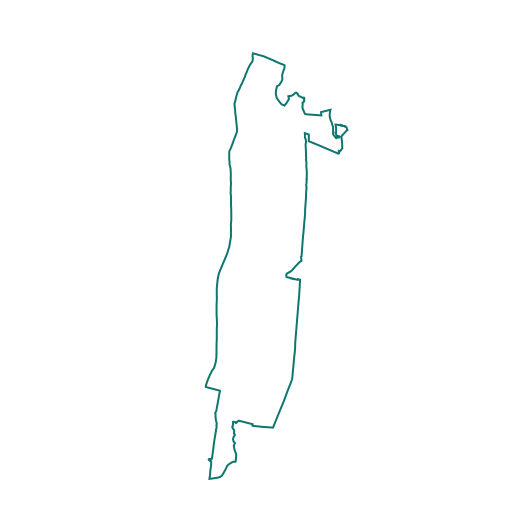 outline of Concesti, Botosani, Romania, rotated 65°
{"feature_id": "2599482B49154697051389", "entity_name": "Concesti", "entity_type": "district", "adm_level": 2, "iso_a3": "ROU", "parent_name": "Romania", "parent_adm1": "Botosani", "projection": "natural_earth1", "projection_center": [26.588, 48.143], "detail": "fine", "context": "isolated", "style": "outline", "palette": "teal", "viewbox_px": 512, "rotation_deg": 65, "n_neighbors": 0, "source": "geoboundaries", "source_scale": "gbopen_adm2", "svg_char_len": 6037}
<svg xmlns="http://www.w3.org/2000/svg" viewBox="0 0 512 512"><g transform="rotate(65 256 256)"><path d="M438.3,392.4L439.4,388.9L440.4,385.6L440.8,383.9L441.0,382.2L440.8,380.2L440.5,379.4L438.5,376.5L435.9,372.9L435.3,372.3L434.2,371.1L433.6,369.8L433.2,368.2L432.8,364.5L432.9,363.5L433.4,362.4L433.7,361.3L428.1,358.0L426.0,357.6L422.6,357.3L418.7,356.4L417.3,355.0L416.7,354.3L416.6,354.1L416.2,354.1L415.9,354.2L415.3,354.6L414.9,354.7L412.5,354.4L412.1,354.2L411.5,353.5L411.0,353.2L410.5,352.8L409.4,350.9L409.2,350.7L408.6,350.6L408.2,350.7L407.9,350.9L407.5,350.9L406.7,350.6L405.2,349.6L404.3,349.4L403.1,349.8L401.9,349.8L401.2,349.9L400.9,349.7L400.7,349.5L400.3,348.9L399.5,348.6L399.1,348.1L398.1,347.7L397.7,347.3L397.5,347.2L396.8,347.1L396.7,347.0L396.8,346.5L396.8,346.2L397.6,345.2L398.7,344.9L398.9,344.7L399.0,344.5L399.0,344.3L398.6,343.9L398.3,343.6L398.3,343.3L398.3,342.7L398.0,341.8L397.9,341.4L398.0,341.1L398.7,340.7L399.0,340.0L399.1,339.8L407.0,330.2L408.4,330.9L414.1,321.5L418.7,313.1L405.4,298.8L399.5,292.3L393.0,285.8L384.6,277.0L382.6,275.1L362.4,263.3L360.3,261.9L360.0,261.8L357.2,260.1L351.0,257.0L313.8,235.8L311.2,234.2L296.2,226.1L294.7,227.7L295.3,228.2L292.2,232.0L292.5,232.1L290.9,234.0L290.6,233.8L288.1,237.2L287.1,237.0L286.0,236.6L285.6,236.3L285.2,235.8L285.0,235.4L284.9,235.1L284.9,234.6L284.8,233.4L284.7,233.0L284.9,232.3L284.6,231.5L284.4,230.2L284.2,229.6L282.6,225.8L282.1,224.7L280.2,219.8L279.8,218.7L279.7,218.2L279.7,217.5L279.8,217.0L278.4,216.4L275.9,215.7L275.8,215.1L274.9,214.5L259.5,205.9L253.1,202.1L244.3,197.1L243.1,196.3L238.3,193.6L234.0,191.5L227.6,187.9L223.6,185.7L219.7,183.8L217.2,182.3L216.5,182.0L215.0,181.1L214.1,180.8L212.8,180.6L212.3,180.1L211.0,179.2L207.5,177.6L207.6,177.4L206.3,176.9L202.3,174.8L201.2,174.5L198.5,173.3L196.7,172.8L196.0,172.5L193.7,171.3L192.4,170.8L191.4,170.3L189.7,170.0L189.2,169.7L188.9,169.3L188.3,169.0L187.2,168.7L185.5,167.9L181.0,166.0L178.5,165.0L176.5,164.2L175.2,163.5L173.8,162.5L172.9,162.1L172.4,161.9L171.9,161.8L169.2,161.5L167.8,160.9L166.6,160.3L165.3,159.8L168.2,156.8L174.3,159.6L183.1,151.5L196.6,139.4L197.4,138.8L198.1,138.1L198.0,137.4L197.4,137.2L197.0,137.1L196.2,136.9L195.6,136.5L195.6,136.4L195.8,136.3L196.6,136.4L196.9,136.4L196.9,136.1L194.9,132.3L191.4,130.8L189.9,130.2L189.3,130.1L188.8,129.8L184.5,128.3L183.6,128.0L180.9,121.5L180.5,119.9L180.0,120.1L179.6,120.0L179.1,119.8L178.6,119.7L178.2,119.6L177.9,119.6L177.5,119.8L177.0,119.8L176.8,120.0L176.6,120.4L176.3,120.2L176.1,120.2L175.7,120.5L175.1,122.0L174.9,122.0L174.4,123.0L174.0,122.7L172.9,123.9L173.3,124.2L171.0,127.4L170.5,128.4L173.8,129.3L177.9,131.2L177.8,131.8L178.1,131.8L180.3,132.0L181.2,131.9L182.7,130.0L183.0,129.9L183.7,130.4L183.8,130.6L182.5,133.1L183.1,133.4L183.1,133.5L182.9,133.7L182.4,133.7L180.2,134.3L178.7,134.6L177.8,134.5L177.3,134.4L176.3,133.9L175.2,133.2L173.8,132.7L173.2,132.3L172.2,131.8L171.0,131.6L169.0,131.4L167.2,131.0L165.0,131.0L163.0,130.8L160.6,130.2L157.8,128.8L154.9,126.7L153.1,136.2L156.2,137.4L148.9,150.4L148.6,150.9L148.0,151.4L147.7,151.6L147.3,151.6L144.8,151.5L144.1,151.6L143.8,151.4L143.1,151.4L143.0,151.5L141.2,151.2L140.5,150.9L138.1,149.5L137.4,149.4L137.0,149.2L136.6,148.9L136.7,148.0L136.5,147.6L135.5,146.5L135.0,146.5L134.8,146.3L134.4,146.3L134.0,146.2L133.7,145.7L133.2,145.5L132.8,145.5L132.6,145.7L132.5,146.2L132.5,146.7L132.1,147.1L130.3,148.4L129.4,149.3L128.8,149.6L127.5,149.9L126.9,149.9L126.4,149.6L126.2,149.7L125.8,150.0L124.9,150.6L124.7,151.5L125.2,152.5L125.6,154.2L125.8,155.9L125.4,158.2L125.1,158.1L124.9,159.2L126.9,159.6L127.7,159.9L128.1,160.4L130.3,163.8L131.7,166.7L130.9,167.2L130.5,167.6L129.9,168.3L129.2,168.7L127.6,169.2L126.6,169.5L124.4,169.9L122.2,170.3L121.2,170.3L120.0,170.1L117.8,169.6L116.9,169.3L116.4,169.1L115.0,168.2L113.8,167.5L113.1,167.0L112.6,166.5L111.5,165.7L111.2,165.3L111.0,165.1L110.9,162.8L110.7,162.4L109.7,160.8L109.0,159.6L107.8,158.1L107.2,157.6L106.1,157.0L103.8,156.2L103.1,155.8L102.2,155.1L99.6,152.8L98.1,151.0L96.8,150.4L96.4,150.0L95.1,149.5L90.8,153.6L87.5,156.5L87.4,156.4L78.2,164.7L71.0,173.1L72.4,174.1L73.5,174.7L75.6,175.4L76.4,175.8L77.7,176.7L78.1,177.1L80.5,181.1L82.3,183.2L83.0,184.3L85.9,187.2L86.4,187.9L86.8,188.4L87.8,189.3L89.1,190.6L90.7,192.5L93.5,195.5L94.2,196.4L94.7,197.4L95.9,198.6L97.0,199.8L98.6,201.7L99.9,203.6L103.3,206.6L105.1,208.0L106.8,209.2L107.8,210.3L108.8,211.0L111.0,212.0L114.8,213.2L117.4,214.3L120.7,215.3L131.2,218.9L134.6,220.2L136.1,221.4L141.7,227.3L145.2,230.7L148.3,234.0L149.3,235.4L150.3,236.2L150.8,236.5L156.4,239.1L160.5,240.6L161.5,241.2L162.8,241.5L165.2,241.9L166.2,242.2L170.9,244.1L173.2,245.2L174.1,245.7L176.1,246.6L179.9,248.1L183.0,249.8L187.4,251.9L187.9,252.3L191.3,253.4L195.4,255.3L197.5,256.3L198.5,256.8L200.8,257.7L207.2,260.5L212.7,263.1L213.6,263.5L216.7,265.4L221.3,267.4L224.7,269.1L226.9,270.0L228.6,271.0L233.3,274.3L235.9,276.0L236.8,276.7L240.1,279.8L241.2,280.7L244.9,284.7L250.2,290.6L255.0,295.8L256.5,297.3L258.5,298.8L260.3,300.2L266.1,303.7L268.7,305.2L274.9,308.1L278.1,309.5L284.9,313.0L292.7,316.6L300.7,319.8L305.0,322.1L312.8,325.8L314.9,326.7L318.6,328.7L320.5,329.6L321.5,330.1L326.8,332.6L330.4,334.4L331.3,334.8L335.5,337.6L339.3,340.9L340.1,342.0L341.5,344.6L343.6,347.1L344.3,348.1L345.8,349.6L347.0,351.1L350.0,354.1L352.1,356.0L353.1,356.8L353.6,356.7L355.3,354.7L362.7,345.8L363.0,345.7L363.2,345.8L365.1,347.2L368.6,349.7L371.8,351.9L377.5,356.0L379.6,357.4L380.8,359.1L381.3,359.4L382.8,359.7L383.9,360.3L385.3,360.9L386.9,361.4L387.5,361.7L390.5,362.2L391.3,362.4L391.9,362.7L392.9,363.6L393.9,363.7L395.1,364.4L396.1,365.3L397.4,366.2L397.9,366.4L398.2,366.6L398.8,367.1L400.6,368.2L402.3,369.5L408.3,373.5L412.9,376.3L419.7,380.7L420.5,381.2L421.2,381.8L420.7,383.0L420.3,384.0L420.2,384.5L420.3,384.7L420.5,384.9L420.8,384.9L420.9,384.6L421.1,384.2L421.4,383.6L421.6,383.6L422.5,384.2L423.1,383.4L426.9,385.2L430.7,387.8L434.4,389.8L438.3,392.4Z" fill="none" stroke="#0f766e" stroke-width="2"/></g></svg>